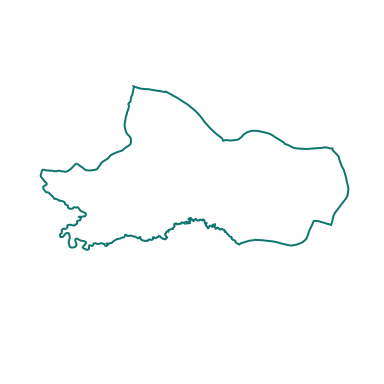 Pathoomphone, Champasak, Laos (Robinson projection), rotated 107°
{"feature_id": "54806243B32788033784925", "entity_name": "Pathoomphone", "entity_type": "district", "adm_level": 2, "iso_a3": "LAO", "parent_name": "Laos", "parent_adm1": "Champasak", "projection": "robinson", "projection_center": [106.187, 14.724], "detail": "fine", "context": "isolated", "style": "outline", "palette": "teal", "viewbox_px": 384, "rotation_deg": 107, "n_neighbors": 0, "source": "geoboundaries", "source_scale": "gbopen_adm2", "svg_char_len": 6110}
<svg xmlns="http://www.w3.org/2000/svg" viewBox="0 0 384 384"><g transform="rotate(107 192 192)"><path d="M109.2,70.4L109.9,72.7L110.1,74.2L110.0,76.0L110.4,77.7L112.7,82.7L113.2,84.5L117.3,94.7L118.9,101.0L119.9,105.8L120.0,108.4L118.9,114.5L119.0,116.6L117.7,119.0L115.7,126.6L115.3,128.6L114.7,130.1L113.9,133.1L113.7,136.0L113.8,140.5L114.3,146.0L114.8,148.9L115.8,152.0L116.5,153.5L118.8,156.9L122.0,159.4L122.9,159.9L125.0,160.7L126.5,161.9L127.5,162.4L128.9,164.2L131.1,169.1L131.6,170.6L132.5,175.1L133.9,177.1L132.5,178.3L131.6,179.7L130.0,183.8L129.5,185.4L125.7,193.3L120.7,201.4L119.5,202.8L116.4,207.3L114.2,211.1L112.6,214.5L109.4,222.3L107.9,228.1L106.5,232.6L103.6,246.5L104.1,246.9L104.3,247.4L106.5,263.9L107.2,266.5L108.2,271.5L108.1,278.8L109.0,278.2L112.1,278.0L112.8,277.8L114.5,277.8L117.0,277.4L118.6,278.0L119.6,277.7L121.2,277.7L123.5,277.3L124.2,277.5L125.3,278.4L125.9,278.5L127.2,278.2L127.9,277.5L128.8,277.3L132.3,277.1L134.7,277.4L136.3,277.1L138.7,277.3L146.8,276.3L149.6,275.3L154.0,272.6L155.7,270.6L156.6,268.7L158.2,266.5L160.6,265.4L162.7,264.9L164.1,264.9L164.9,265.2L166.4,266.2L169.4,268.9L171.6,270.1L172.9,271.1L176.2,275.8L180.6,280.6L184.3,282.0L189.9,286.9L197.5,289.3L197.9,289.5L199.1,291.2L200.7,294.6L201.4,296.4L202.0,298.8L202.1,300.2L201.1,302.8L200.6,303.7L199.9,306.6L199.0,308.5L198.7,310.6L199.3,311.4L200.0,311.9L205.4,314.6L207.6,316.3L209.5,318.3L210.1,322.1L210.5,323.2L210.4,325.3L210.7,326.0L211.4,326.6L212.0,328.9L212.4,329.6L212.4,331.4L213.2,334.2L213.6,336.6L214.0,337.8L214.0,339.7L214.3,341.2L215.2,341.7L220.4,341.6L221.3,341.2L225.2,335.7L225.7,334.3L226.3,333.5L227.3,333.2L228.1,333.7L229.6,335.4L230.6,335.8L231.6,335.5L232.5,334.8L234.6,332.1L234.7,330.8L234.5,329.5L234.7,328.5L235.8,326.6L236.7,324.3L238.8,321.6L238.3,320.6L238.5,319.3L238.4,318.1L239.2,316.0L238.7,314.9L238.6,313.5L238.9,311.2L239.1,310.8L240.6,309.9L240.9,309.5L241.2,307.0L241.7,306.5L242.9,306.2L243.4,305.6L243.8,304.2L243.4,303.3L243.2,302.1L242.7,301.3L241.0,300.4L240.8,298.1L240.0,296.8L240.2,296.2L242.3,293.5L242.7,292.4L243.3,287.8L244.4,286.7L246.5,287.2L247.3,289.1L247.9,290.1L248.3,292.0L248.6,292.6L248.9,292.8L249.3,291.2L249.7,290.6L250.2,290.5L251.3,290.6L252.1,291.2L253.2,293.1L253.7,293.4L255.4,292.7L256.4,292.9L257.6,294.4L258.2,294.5L258.7,295.5L258.9,296.6L258.7,298.5L259.9,301.0L260.4,301.4L262.1,300.8L263.3,301.2L264.2,302.0L264.8,304.3L265.7,305.1L266.6,305.4L267.7,304.9L269.4,304.7L271.0,305.8L272.2,305.5L273.5,304.6L273.0,303.0L272.6,302.4L271.7,301.9L269.7,301.2L268.5,300.5L267.7,299.5L267.5,298.2L267.6,297.6L268.0,297.3L270.6,295.7L272.8,295.3L275.3,295.4L276.0,295.3L279.0,293.7L280.0,292.8L280.4,291.5L280.0,289.8L278.9,287.9L277.6,287.1L276.8,286.9L275.9,287.1L273.3,288.9L272.0,289.6L271.4,289.6L270.8,289.3L270.2,288.6L270.2,288.0L271.0,284.4L270.6,281.2L270.6,279.7L270.7,279.1L271.5,278.6L272.3,278.6L273.8,279.1L275.9,280.2L276.9,280.3L277.3,279.9L277.5,279.4L278.0,276.6L278.0,275.4L277.6,274.7L276.6,273.9L274.0,274.6L273.1,274.5L272.7,273.9L272.8,271.9L272.5,271.3L271.8,271.0L270.3,271.0L269.8,270.7L269.1,269.1L269.4,267.7L269.3,266.8L268.8,265.8L267.7,264.4L267.4,262.9L267.5,260.7L268.7,259.4L268.7,258.7L268.5,258.0L267.9,257.4L267.1,257.2L266.6,257.5L266.3,258.5L266.1,258.4L265.8,257.8L266.1,256.3L264.7,255.4L264.2,253.8L262.6,253.1L259.3,250.4L257.5,247.2L256.3,246.0L255.4,244.0L254.3,243.4L252.6,243.4L252.3,243.1L252.3,242.4L252.8,241.3L252.9,240.4L251.5,237.9L251.7,234.9L251.3,233.4L252.1,229.8L251.9,229.5L251.1,229.0L250.4,229.0L250.2,228.6L250.4,228.2L251.8,227.5L252.4,226.4L252.7,225.3L252.6,222.9L252.0,222.0L252.0,220.7L251.5,219.9L251.0,219.6L250.3,219.7L250.0,219.3L249.7,218.0L249.8,217.2L249.6,216.7L248.8,215.7L248.3,215.4L246.8,216.1L246.5,215.3L246.8,213.6L246.7,213.0L245.4,212.1L244.6,211.0L243.7,210.8L243.7,209.6L244.6,208.4L244.8,207.3L245.3,206.1L245.1,203.9L244.8,203.5L242.9,202.5L242.5,202.8L242.1,203.8L241.3,204.4L240.9,205.1L240.5,205.4L239.8,205.3L239.0,204.9L237.7,204.8L237.1,204.5L236.8,203.9L236.9,203.0L236.6,202.9L235.6,203.4L235.0,203.3L234.1,201.5L233.4,200.8L233.1,199.8L232.8,199.4L232.0,199.7L231.3,199.1L229.5,198.7L228.8,199.4L227.8,199.6L226.7,198.2L226.7,197.8L227.2,197.7L227.3,197.4L226.8,196.8L226.9,196.0L226.1,194.8L225.6,193.3L225.2,193.1L224.4,193.2L224.1,193.0L224.1,192.3L223.9,191.7L224.3,190.0L223.2,190.2L222.7,189.3L223.2,188.5L222.4,188.7L222.1,188.5L222.5,187.6L221.8,186.8L221.8,186.5L222.2,186.4L222.8,186.7L223.0,186.6L222.9,186.0L222.3,185.0L221.7,185.1L220.9,185.6L220.6,185.2L219.8,185.6L219.5,185.9L219.2,187.2L218.9,187.4L217.2,186.2L217.2,185.8L217.8,184.5L218.6,184.0L219.2,182.1L218.9,182.1L218.4,182.5L218.2,181.7L216.7,180.7L216.8,180.1L217.4,179.5L217.4,177.4L217.0,176.8L216.2,176.5L215.8,175.1L216.2,174.0L215.2,173.6L215.0,173.1L215.6,171.7L216.7,171.4L218.1,170.3L218.1,169.8L217.4,169.3L217.5,168.9L217.9,168.9L218.2,169.2L218.7,169.1L219.0,169.5L219.7,168.7L220.3,168.5L220.3,167.9L221.7,166.7L221.9,166.1L221.6,165.7L220.9,165.8L220.5,165.5L219.9,165.5L219.1,165.1L218.9,164.8L218.8,164.3L219.4,162.7L219.4,162.3L219.0,162.0L217.4,162.5L216.9,161.9L216.2,160.6L216.9,160.3L217.6,160.5L218.9,160.0L220.2,158.6L219.8,158.0L219.0,157.8L218.6,157.0L219.0,155.9L219.3,155.8L219.7,154.3L219.6,153.9L218.9,153.5L218.6,152.9L218.5,152.5L219.0,151.1L218.9,150.0L219.8,148.8L220.3,149.1L220.5,149.0L220.4,148.3L220.6,147.6L221.8,145.9L222.1,145.0L223.3,143.4L223.6,142.3L223.5,141.2L224.2,140.6L224.9,140.6L225.1,140.3L225.8,138.6L225.8,137.1L226.0,136.4L226.4,136.0L227.2,135.7L227.5,135.3L228.1,133.0L228.2,131.8L228.4,131.4L226.5,130.0L222.0,123.2L219.1,117.1L217.7,111.2L215.5,99.5L215.2,95.8L214.9,87.2L214.3,81.6L212.3,77.5L209.8,74.0L207.6,71.5L204.1,69.3L203.0,69.0L201.6,68.7L193.9,68.5L189.6,67.7L184.6,67.2L184.1,66.8L183.7,66.3L182.9,62.6L182.8,49.3L179.4,49.3L175.0,49.6L173.0,49.6L170.4,49.3L153.3,42.9L152.1,42.6L149.6,42.3L148.7,42.3L143.7,43.3L142.0,43.9L130.9,50.3L126.5,53.3L123.6,56.3L119.9,59.2L115.7,61.9L114.9,62.6L113.4,65.1L110.9,69.7L109.2,70.4Z" fill="none" stroke="#0f766e" stroke-width="2"/></g></svg>